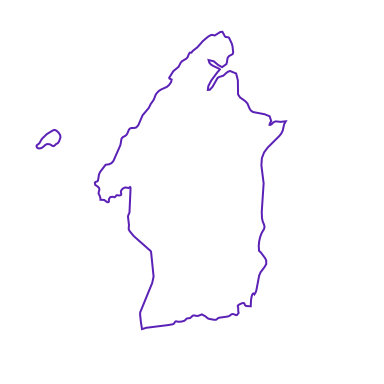 SVG path tracing the border of Johor, rotated 242°
{"feature_id": "MYS-1143", "entity_name": "Johor", "entity_type": "State", "adm_level": 1, "iso_a3": "MYS", "parent_name": "Malaysia", "parent_adm1": "", "projection": "orthographic", "projection_center": [103.469, 2.081], "detail": "fine", "context": "isolated", "style": "outline", "palette": "violet", "viewbox_px": 384, "rotation_deg": 242, "n_neighbors": 0, "source": "natural_earth", "source_scale": "10m", "svg_char_len": 4127}
<svg xmlns="http://www.w3.org/2000/svg" viewBox="0 0 384 384"><g transform="rotate(242 192 192)"><path d="M228.1,107.5L229.8,108.3L232.0,108.7L234.5,108.8L235.3,109.3L237.4,111.2L238.9,111.8L240.3,111.6L243.7,109.9L245.9,110.7L246.2,111.7L245.8,113.0L246.2,114.3L251.2,118.2L252.9,120.4L256.6,128.5L255.4,131.8L255.3,134.5L256.3,137.2L266.8,150.5L268.1,151.7L271.2,154.0L272.2,154.9L272.9,156.4L272.9,159.3L273.2,160.9L274.1,162.5L276.7,165.6L277.2,167.3L276.9,168.6L275.5,171.4L275.2,173.1L276.2,176.0L282.9,184.3L286.5,193.3L289.1,196.9L290.8,200.4L291.8,202.0L294.8,205.4L295.7,207.0L296.8,210.1L297.0,212.9L296.6,219.1L297.3,222.1L298.9,225.2L300.9,226.8L302.6,225.4L303.5,225.4L307.5,232.3L308.8,238.9L311.4,242.6L312.2,244.7L312.4,249.6L313.2,251.6L314.9,253.5L316.1,255.4L315.3,256.9L316.2,258.8L317.3,264.8L320.2,272.6L321.6,279.1L321.7,282.7L320.7,284.3L319.5,285.6L320.0,291.9L319.2,294.1L313.8,294.1L313.1,294.5L311.6,296.6L310.9,297.1L304.5,296.8L301.7,296.2L295.9,293.9L294.8,292.9L294.6,291.5L294.7,288.8L293.9,286.7L292.2,285.2L290.3,283.9L288.8,282.4L288.1,277.2L291.9,274.7L297.2,272.6L300.7,268.6L298.0,268.0L295.5,268.6L293.1,270.1L288.3,273.7L287.2,274.2L286.7,273.2L285.8,270.6L281.3,261.2L277.9,256.2L274.7,253.9L273.9,255.7L275.3,259.6L280.7,268.1L280.8,270.1L280.0,274.1L280.4,276.0L281.0,278.0L281.3,280.2L281.0,282.4L275.9,286.6L269.0,284.9L256.6,278.5L253.0,278.8L247.2,281.7L244.2,282.5L238.5,282.0L236.3,282.2L234.0,283.4L226.6,292.6L222.4,296.1L217.3,295.2L217.0,294.5L216.0,293.0L214.9,292.0L214.4,292.7L214.5,294.3L215.2,296.4L215.3,297.6L215.0,299.2L212.4,303.0L210.4,308.0L208.6,305.2L203.6,300.9L201.6,298.1L200.4,295.2L195.7,279.7L193.1,274.2L189.1,269.6L183.0,265.8L166.0,259.3L141.8,244.3L136.0,241.5L132.8,240.6L129.5,240.3L127.2,239.7L125.5,238.2L123.2,234.4L120.4,231.2L117.0,228.2L113.0,225.6L108.6,223.6L106.3,224.4L99.2,225.5L96.8,225.4L93.5,223.7L91.7,220.8L88.9,214.8L86.6,212.0L74.9,202.6L73.3,200.8L72.3,199.0L73.5,198.8L73.7,198.3L73.4,197.7L73.2,197.1L71.4,195.3L68.9,193.4L63.5,190.2L65.9,186.3L67.3,185.6L68.9,185.9L69.4,185.8L69.9,185.2L70.3,184.0L70.5,181.1L70.4,179.9L70.1,179.1L69.8,178.8L69.3,178.6L68.2,178.5L67.7,178.3L67.0,177.8L64.8,176.8L63.8,176.6L63.4,176.4L63.2,176.0L62.8,175.1L62.4,174.3L62.3,173.8L62.5,173.2L64.9,171.1L65.1,170.7L65.4,170.1L65.4,169.1L65.3,168.4L65.1,167.3L65.1,166.8L65.1,166.2L65.4,164.7L68.2,157.1L68.4,156.1L68.3,155.5L68.0,154.0L67.9,153.5L68.2,152.6L68.9,151.4L71.8,147.7L72.9,146.7L76.2,145.3L79.3,143.2L79.7,139.5L80.2,138.2L81.9,136.1L82.3,135.4L82.4,134.7L82.4,134.2L82.0,132.9L81.6,131.2L81.8,130.5L82.5,128.8L82.7,128.1L82.5,126.9L82.2,126.3L82.0,125.5L81.9,124.8L82.2,123.2L82.5,121.9L83.4,119.9L83.8,119.1L84.3,118.4L85.2,117.4L85.4,117.0L85.4,116.4L85.0,115.5L84.3,114.4L84.2,113.5L84.3,112.8L85.5,109.0L93.6,87.8L94.4,83.5L100.6,85.6L108.1,88.6L110.1,89.8L130.4,114.2L135.4,118.4L158.0,127.6L158.7,127.8L159.2,127.8L180.6,119.8L186.7,118.6L188.7,118.6L190.4,119.5L192.3,120.8L200.3,123.9L201.0,124.5L202.2,125.8L203.0,126.9L203.3,127.2L223.8,139.3L225.0,139.8L225.5,139.6L225.4,139.0L225.3,138.4L225.3,138.1L225.4,137.8L225.7,137.4L227.2,135.4L227.3,134.9L227.5,134.4L227.5,133.4L227.5,132.8L227.3,131.9L227.0,131.1L226.6,130.3L225.9,129.5L225.4,129.2L225.0,129.1L223.7,128.7L223.3,128.5L222.9,128.2L222.7,127.8L222.7,127.6L222.7,127.3L222.8,127.0L223.1,126.1L223.4,125.6L224.3,124.5L224.4,124.3L224.5,124.0L224.5,123.7L223.8,121.9L223.7,121.3L223.8,120.9L224.2,120.6L224.7,120.1L224.9,119.9L225.3,119.2L225.4,118.8L225.7,117.9L225.8,117.4L225.7,117.1L225.4,116.5L225.1,116.0L224.8,115.5L224.4,115.2L224.1,114.9L222.9,114.3L222.7,114.1L222.3,113.7L222.4,113.1L222.9,112.3L226.1,110.8L226.3,110.5L227.6,108.5L228.1,107.5ZM311.3,91.1L311.7,98.2L311.3,99.9L309.6,101.2L306.9,102.1L304.1,102.3L302.0,101.5L299.3,98.6L298.2,96.8L298.1,95.6L298.2,94.8L297.5,92.4L297.6,91.1L298.3,90.4L300.1,89.4L301.0,88.7L302.4,86.5L302.4,84.4L301.8,82.3L301.5,79.9L301.8,78.4L302.6,76.9L303.9,76.0L305.4,76.2L306.1,76.9L306.3,77.7L306.5,79.4L306.9,80.5L308.7,83.2L309.6,85.1L311.3,91.1Z" fill="none" stroke="#5b21b6" stroke-width="2"/></g></svg>